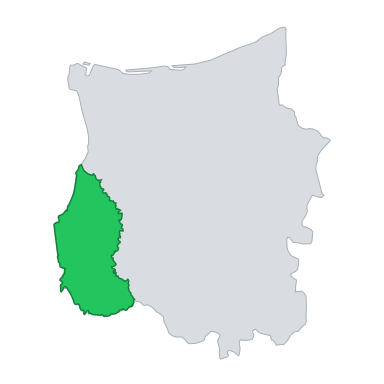 Zanzan on a map of Ivory Coast (Natural Earth projection), rotated 181°
{"feature_id": "CIV-3449", "entity_name": "Zanzan", "entity_type": "Region", "adm_level": 1, "iso_a3": "CIV", "parent_name": "Ivory Coast", "parent_adm1": "", "projection": "natural_earth1", "projection_center": [-3.572, 8.502], "detail": "fine", "context": "in_parent", "style": "filled", "palette": "green", "viewbox_px": 384, "rotation_deg": 181, "n_neighbors": 0, "source": "natural_earth", "source_scale": "10m", "svg_char_len": 9004}
<svg xmlns="http://www.w3.org/2000/svg" viewBox="0 0 384 384"><g transform="rotate(181 192 192)"><path d="M82.8,54.8L84.1,54.7L87.6,53.6L90.7,50.9L93.7,45.4L97.7,40.9L102.1,41.3L103.4,40.4L105.0,40.3L106.8,43.2L108.7,45.4L110.1,45.5L111.0,49.7L119.1,51.5L122.6,52.6L125.5,55.7L126.6,55.8L127.8,55.1L128.8,54.1L129.0,52.9L127.7,50.1L128.3,47.6L129.6,45.4L131.7,45.2L134.8,44.6L138.4,44.6L141.1,45.0L142.2,42.8L141.2,36.5L141.5,33.1L141.9,30.1L142.9,29.0L147.0,32.6L150.6,33.9L153.3,34.0L154.0,33.3L152.9,29.4L153.2,28.1L154.2,27.5L155.9,27.0L160.6,25.4L161.1,25.7L162.0,32.0L161.5,34.1L162.5,38.4L163.7,42.4L163.6,44.0L162.6,46.4L161.4,48.7L161.6,49.6L163.4,51.1L167.0,52.7L170.7,53.1L172.8,50.8L174.9,48.9L176.4,47.2L177.0,44.7L179.3,42.9L186.0,40.6L192.2,40.3L193.7,41.0L196.5,44.5L200.0,46.9L205.4,46.6L209.3,48.0L212.7,50.7L215.0,56.6L217.5,60.9L218.5,66.9L222.5,70.1L225.5,71.6L229.7,76.0L234.0,78.3L238.5,77.8L240.5,80.1L243.9,81.7L247.2,81.8L250.1,76.7L254.0,74.7L263.8,70.6L267.6,68.8L271.6,67.6L281.0,67.3L289.7,68.5L294.1,69.5L297.1,68.8L299.9,71.2L302.8,76.3L305.2,77.9L307.6,79.6L309.4,83.7L311.6,87.6L312.7,89.4L315.4,93.3L317.6,93.4L319.8,91.7L320.8,90.4L321.2,93.0L320.3,97.2L320.5,99.8L321.8,100.8L321.1,104.2L318.5,109.9L318.5,113.2L321.1,114.3L322.9,117.9L324.0,124.0L325.1,126.0L325.2,127.3L327.1,142.1L329.4,157.0L327.9,158.9L325.9,159.5L324.6,160.2L324.2,161.6L325.1,163.6L324.5,165.4L322.0,166.7L316.6,171.4L316.2,173.3L314.8,177.3L313.6,179.8L311.8,184.4L309.0,196.4L308.0,206.4L307.8,209.5L306.7,211.6L305.5,214.7L299.5,223.2L296.5,230.2L296.9,233.3L297.1,236.3L296.2,238.5L296.3,244.4L297.1,249.4L298.1,254.2L302.4,268.0L304.6,276.3L306.0,283.0L307.3,287.5L308.4,289.4L308.9,291.1L315.2,292.3L316.5,293.3L318.2,302.1L317.9,306.0L316.7,307.5L316.7,310.9L316.4,315.0L315.5,316.7L311.9,316.9L309.5,318.5L306.3,317.9L306.0,316.8L304.3,316.4L299.6,314.1L300.4,306.5L298.2,306.2L296.5,307.2L293.1,316.3L291.5,317.9L267.9,313.2L262.8,309.4L256.7,308.5L246.0,308.9L237.2,310.1L234.6,312.4L256.9,311.0L259.3,311.3L260.4,312.7L232.2,315.7L221.5,317.5L218.3,317.0L215.9,314.1L204.2,313.7L201.9,314.7L200.4,316.8L205.0,316.3L212.3,316.2L214.2,317.9L191.5,320.0L175.8,324.1L169.1,327.2L147.1,337.1L133.7,341.9L130.2,343.6L124.1,348.5L116.3,351.6L107.5,357.3L102.1,358.6L100.9,356.8L100.8,347.0L100.1,334.0L100.4,329.0L101.1,324.4L101.1,320.5L103.8,319.0L104.5,317.4L104.9,312.3L107.4,307.7L107.5,299.7L108.2,298.0L108.8,295.9L107.7,290.7L106.3,280.7L105.7,280.1L105.1,280.5L103.7,280.7L98.2,277.3L93.9,276.7L90.9,273.7L90.7,270.4L89.3,268.4L88.3,264.6L86.8,260.2L82.6,257.5L78.7,256.8L75.9,257.4L72.6,257.2L68.9,255.8L66.3,254.1L63.8,250.8L61.5,248.3L59.7,248.6L57.5,248.0L55.3,246.8L54.6,245.9L63.8,235.6L66.9,230.5L67.2,227.5L67.3,224.3L68.3,221.2L68.5,216.3L63.5,198.6L62.3,193.2L60.9,191.6L60.0,191.0L62.6,188.7L66.1,189.3L71.5,191.1L72.7,189.3L76.8,180.4L76.7,177.1L76.3,174.8L78.7,168.7L80.6,166.3L81.6,163.8L81.3,160.3L79.9,159.0L78.0,159.3L75.7,158.4L72.3,156.4L70.5,154.6L71.1,146.6L71.4,144.1L72.6,142.6L74.5,142.2L79.9,142.0L84.2,142.9L88.0,143.4L90.0,143.4L91.7,145.8L93.8,148.3L95.8,148.2L96.4,146.4L96.0,138.5L94.7,134.3L91.9,130.2L84.3,126.7L84.2,121.9L85.0,116.7L86.6,114.7L92.2,111.4L91.2,109.6L89.4,107.7L85.9,105.7L86.7,99.5L86.9,93.8L83.9,94.5L80.9,94.8L78.3,93.1L76.1,89.7L75.7,80.3L75.8,69.5L75.4,64.7L76.2,62.1L78.9,59.8L81.8,56.7L82.8,54.8ZM303.3,318.0L302.0,320.1L296.1,318.7L297.5,317.0L303.3,318.0Z" fill="#d9dde1" stroke="#a8b0b8" stroke-width="1"/><path d="M321.1,90.0L321.7,90.9L321.7,91.7L321.6,93.3L321.6,93.7L321.8,94.6L321.8,96.0L321.6,96.9L321.1,97.3L320.5,97.6L320.0,98.3L319.9,99.3L320.3,100.1L320.9,100.7L321.7,100.9L322.4,101.3L322.4,102.3L321.8,103.3L320.4,104.2L319.9,105.1L319.1,107.0L318.1,108.1L317.9,108.5L317.9,111.2L317.7,112.0L317.2,112.7L317.7,113.0L318.0,113.4L318.3,113.6L319.0,113.8L320.1,113.8L321.2,114.1L322.4,114.8L322.7,115.7L322.7,116.7L323.4,119.2L323.7,119.4L324.0,119.5L324.3,120.0L324.4,120.9L325.3,124.6L325.3,125.3L324.8,125.6L324.5,126.0L324.3,126.6L324.6,127.0L325.0,126.8L325.2,127.7L327.3,142.3L329.4,156.9L329.1,157.7L327.0,159.1L326.4,159.4L325.9,159.3L325.3,159.0L325.0,159.0L324.7,159.3L324.4,160.0L324.2,160.8L324.3,161.4L324.9,163.0L325.2,164.2L325.1,165.1L324.7,165.8L323.7,166.3L321.1,167.4L320.2,168.1L318.2,170.8L317.4,171.5L317.4,171.3L317.2,171.0L316.9,170.8L316.6,170.8L316.4,171.2L316.2,175.1L316.1,175.7L315.7,176.2L314.7,176.9L314.3,177.3L314.3,177.5L314.4,178.2L314.4,178.5L314.3,178.8L313.8,179.5L313.6,179.8L310.4,187.9L309.8,190.0L307.6,206.0L307.6,206.6L307.9,207.4L308.2,207.8L308.4,208.2L308.4,208.9L308.0,209.9L305.9,212.9L305.7,213.5L305.3,216.1L305.1,216.4L302.9,217.3L302.7,216.3L300.9,212.2L300.3,211.5L299.6,210.8L298.1,209.7L297.1,208.8L296.6,208.4L293.3,207.3L292.3,207.1L291.8,207.1L291.4,207.8L291.1,208.2L291.0,208.4L290.7,208.4L289.7,207.3L289.3,206.8L289.1,206.6L289.0,206.4L288.9,206.2L288.2,203.5L288.0,203.2L287.8,203.0L287.2,202.6L286.9,202.4L286.7,202.3L286.4,202.4L285.9,202.1L285.6,202.2L284.9,202.0L284.7,201.9L284.5,202.0L283.1,202.5L283.7,201.3L283.6,200.1L284.4,199.7L284.5,198.8L284.2,196.7L283.1,195.0L283.0,194.6L282.8,194.3L282.4,194.0L281.9,193.9L281.3,193.7L280.8,193.5L280.4,193.1L280.3,192.6L281.2,191.6L281.5,191.0L281.1,189.5L280.2,189.2L278.4,189.8L278.0,189.5L277.8,189.0L277.5,188.5L277.0,188.3L276.8,188.0L276.8,187.2L276.6,186.5L276.1,186.2L275.0,185.9L274.5,185.3L274.1,183.6L274.4,182.4L273.8,181.9L272.8,181.7L271.9,181.8L271.6,181.5L271.3,181.2L270.9,181.2L270.4,181.5L270.1,180.4L269.6,179.9L268.9,179.7L267.9,179.7L267.9,179.3L268.4,179.1L268.4,178.7L268.2,177.7L267.7,177.0L267.7,176.7L267.9,176.4L268.1,176.1L268.2,175.8L268.0,174.9L267.7,174.3L267.5,173.9L266.9,173.4L266.3,174.0L265.9,173.5L264.5,173.2L263.9,172.9L263.2,172.4L263.5,172.1L264.2,171.8L265.0,171.0L265.3,170.5L265.4,170.1L265.1,169.0L264.6,169.1L264.2,169.5L263.7,169.5L263.1,169.3L262.3,169.6L261.7,169.6L261.4,168.8L261.7,166.4L261.9,164.5L262.4,163.2L263.1,162.5L264.2,162.9L264.3,162.7L264.7,162.1L264.8,161.8L264.2,161.2L262.5,158.7L262.0,158.5L261.6,158.4L261.2,158.3L261.1,157.7L261.3,157.0L261.9,155.9L262.0,155.3L261.8,154.8L260.7,154.1L260.5,153.7L260.4,153.2L260.2,152.5L260.2,151.9L260.7,151.9L262.9,151.9L263.6,151.8L263.9,151.2L264.0,150.7L264.0,150.2L263.7,149.8L263.3,149.2L263.5,148.8L263.6,148.4L263.6,148.2L263.8,148.0L263.9,147.8L263.9,147.4L263.8,147.2L263.6,147.2L263.4,147.2L263.0,146.7L262.8,146.4L262.7,146.0L263.0,145.3L263.1,145.5L263.7,145.3L264.7,145.0L264.9,144.0L265.1,143.3L264.7,142.3L263.1,141.2L263.0,140.3L263.2,140.0L264.0,139.7L264.3,139.0L265.6,137.9L265.7,137.2L265.4,136.1L265.2,135.8L265.0,135.0L264.5,134.6L265.0,132.7L265.4,132.0L266.2,131.7L267.6,131.6L268.2,131.4L268.5,131.0L267.8,130.7L268.0,130.3L268.8,129.5L270.0,127.4L270.2,127.1L270.8,127.2L271.2,127.5L271.5,127.3L271.6,126.1L271.4,125.4L270.9,124.8L270.3,124.5L269.7,124.5L269.7,124.3L269.6,124.2L269.7,123.8L269.8,123.6L270.0,123.5L270.4,123.5L270.4,123.1L269.5,122.2L268.2,120.4L267.4,119.7L266.7,118.4L267.1,117.5L268.0,116.8L269.1,116.3L269.7,116.2L270.4,116.1L270.9,115.9L271.0,115.2L270.6,114.6L270.0,114.2L269.2,113.9L267.6,113.4L267.3,112.5L267.5,111.4L267.9,110.2L268.3,111.0L268.8,111.6L269.2,111.5L269.1,110.2L268.8,109.4L268.3,109.4L267.6,109.7L266.7,109.8L266.8,109.6L267.0,109.5L266.4,108.7L266.9,106.9L266.2,106.6L264.9,106.7L264.5,106.6L264.3,106.2L264.2,105.6L264.1,105.1L263.7,104.8L263.3,104.7L262.3,104.2L260.5,103.7L259.3,102.8L258.1,101.6L257.8,101.8L257.6,101.9L257.2,101.9L256.8,101.9L256.1,102.2L255.3,102.7L255.0,103.1L255.0,103.5L254.9,103.6L254.3,103.4L254.2,103.2L254.0,102.8L253.8,102.3L253.7,101.9L253.8,101.1L254.0,100.5L254.2,100.0L254.0,99.1L253.9,98.9L253.7,98.7L253.4,98.0L253.5,97.6L253.6,97.2L253.7,96.9L253.8,96.2L254.0,95.7L254.0,95.3L254.0,94.9L253.5,94.1L253.3,92.3L253.0,91.6L251.7,90.3L251.4,89.9L251.3,89.5L251.3,89.1L251.3,88.5L251.2,87.9L250.9,87.6L250.5,87.4L250.2,87.1L248.2,84.0L247.6,83.7L247.9,83.3L248.5,82.0L248.6,81.4L248.5,80.1L248.5,79.7L248.8,79.2L250.1,77.6L249.6,77.4L249.4,77.3L250.0,76.7L250.8,76.4L252.5,76.1L253.3,75.6L254.6,73.5L255.4,72.8L256.2,72.7L258.7,73.6L259.2,73.9L259.5,73.9L259.8,73.6L259.8,73.4L259.9,73.2L260.6,72.8L260.9,72.7L262.4,72.7L262.7,71.9L262.9,71.1L263.5,70.7L264.5,70.4L266.2,69.1L267.0,68.8L270.1,68.7L270.9,68.5L271.3,68.1L272.0,67.2L272.5,66.9L273.2,66.6L275.3,66.3L275.7,66.4L276.3,66.8L276.5,66.8L276.8,66.7L277.2,66.1L277.4,66.0L278.0,66.2L278.3,66.6L278.6,67.0L279.1,67.4L279.8,67.6L282.5,67.2L289.6,67.8L290.2,68.1L291.0,68.9L291.4,69.2L291.9,69.0L292.4,68.7L292.8,68.5L293.0,68.8L293.0,69.9L293.1,70.9L293.5,71.6L294.6,71.5L295.2,70.8L296.8,68.3L297.4,67.7L298.0,68.1L298.0,69.1L297.9,70.3L298.1,71.4L298.9,71.9L299.9,71.9L300.9,72.2L301.8,73.5L302.4,76.0L302.9,77.2L303.6,78.0L304.4,78.0L306.0,77.5L306.8,77.7L307.6,78.5L308.1,79.8L308.9,82.2L311.1,87.2L315.6,94.1L316.7,95.0L317.7,95.1L318.6,94.3L319.7,91.6L321.1,90.0Z" fill="#22c55e" stroke="#15803d" stroke-width="1.5"/></g></svg>